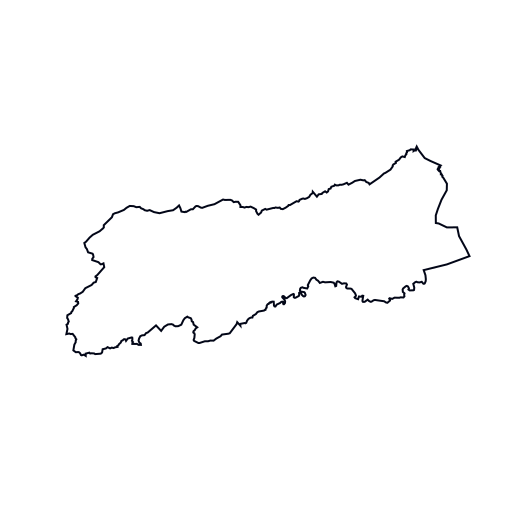 Mang Yang, Gia Lai, Vietnam (Natural Earth projection), rotated 248°
{"feature_id": "81297802B73536270925214", "entity_name": "Mang Yang", "entity_type": "district", "adm_level": 2, "iso_a3": "VNM", "parent_name": "Vietnam", "parent_adm1": "Gia Lai", "projection": "natural_earth1", "projection_center": [108.295, 13.956], "detail": "fine", "context": "isolated", "style": "outline", "palette": "ink", "viewbox_px": 512, "rotation_deg": 248, "n_neighbors": 0, "source": "geoboundaries", "source_scale": "gbopen_adm2", "svg_char_len": 6094}
<svg xmlns="http://www.w3.org/2000/svg" viewBox="0 0 512 512"><g transform="rotate(248 256 256)"><path d="M258.3,459.0L259.7,458.4L260.6,459.0L261.1,458.7L261.8,458.8L262.4,458.0L263.2,458.6L263.9,458.3L265.8,458.6L266.1,457.6L266.9,457.4L267.4,457.8L267.5,457.1L268.4,456.9L269.4,458.1L269.2,459.3L269.7,459.5L269.6,460.2L270.0,460.4L270.4,459.8L270.8,461.1L278.7,453.4L283.6,449.1L293.5,446.4L297.3,446.0L295.7,444.4L294.5,444.3L293.9,443.7L294.5,442.6L294.3,441.5L295.6,442.2L296.9,439.4L296.5,438.1L296.8,435.2L295.5,434.8L294.9,433.7L294.1,433.6L293.3,432.1L292.0,431.0L293.5,429.0L293.2,427.2L291.7,424.7L291.1,420.8L289.9,420.6L289.4,417.6L288.8,416.7L287.8,416.3L285.7,413.0L284.6,407.1L284.6,405.6L282.5,399.9L279.9,388.1L281.5,387.9L283.3,386.0L285.6,385.2L285.9,383.9L287.6,381.4L288.5,375.8L287.9,372.8L287.5,368.5L289.8,367.7L289.7,363.8L290.0,361.9L290.7,360.4L290.6,359.0L291.3,357.1L292.6,355.8L291.8,355.0L292.0,351.8L290.6,350.4L290.8,348.5L288.9,347.0L288.4,345.3L290.1,344.3L289.6,341.2L288.9,340.2L289.7,337.2L288.2,334.7L294.3,332.7L293.1,332.1L292.4,329.4L290.9,327.5L290.5,325.0L290.6,322.7L291.6,321.4L291.8,320.3L291.7,317.4L290.7,316.4L290.5,315.8L291.6,314.1L290.5,306.5L291.0,305.3L290.4,304.6L289.7,301.6L289.4,298.4L290.4,296.7L292.1,296.1L292.4,294.4L293.7,292.2L293.6,291.0L294.1,290.0L295.0,283.2L296.2,282.2L295.9,278.4L294.4,277.0L293.3,273.8L294.5,273.2L297.6,272.9L299.0,273.5L301.2,271.9L303.8,269.5L304.1,267.3L305.1,265.5L305.2,263.5L306.3,262.2L307.3,259.9L308.8,260.6L312.9,259.8L313.9,257.5L314.3,255.5L316.4,254.6L317.6,253.4L319.7,248.0L320.7,246.6L319.6,236.9L320.6,230.1L320.8,224.2L321.5,223.0L324.0,220.9L324.7,219.4L324.6,218.4L323.0,215.0L323.7,213.1L323.0,207.9L323.5,207.2L323.3,206.5L325.1,203.5L328.7,203.8L331.7,203.6L330.5,200.5L329.5,196.3L330.7,190.9L331.8,182.6L334.9,177.9L338.4,174.6L338.7,172.0L340.2,169.9L341.5,169.2L343.3,167.3L345.1,166.6L346.1,163.3L348.0,161.3L349.7,157.7L349.2,154.0L348.2,150.8L348.1,144.4L348.5,141.2L348.3,139.1L345.9,136.9L341.6,126.4L339.5,125.6L339.0,124.7L337.5,120.2L336.8,112.6L335.4,108.6L332.9,103.7L332.4,101.7L327.9,101.2L325.8,101.8L322.3,101.7L319.4,105.3L318.5,105.5L315.9,105.0L314.7,103.1L313.6,102.6L309.3,107.6L306.5,108.8L306.2,109.9L306.3,111.8L302.5,111.1L297.8,101.7L297.2,99.5L296.4,99.3L295.1,100.5L291.9,97.7L292.1,95.5L290.7,92.7L290.1,85.7L287.7,81.9L287.1,78.7L287.2,77.0L286.7,75.6L286.7,73.7L286.4,73.6L284.1,75.2L282.9,74.4L281.4,72.2L280.1,73.8L278.6,73.4L277.5,71.3L276.9,68.0L276.1,67.7L273.6,64.9L273.3,63.9L272.3,63.2L271.7,58.9L269.3,57.7L267.8,58.0L265.3,57.8L264.8,56.9L263.6,56.2L263.3,54.6L259.0,53.9L254.6,50.9L254.1,53.8L253.1,54.8L252.5,56.8L248.4,58.0L247.1,57.8L246.1,58.2L245.0,57.1L243.6,56.5L241.9,54.4L236.9,51.3L234.3,52.9L233.5,55.3L233.0,55.9L231.6,56.5L229.8,56.6L229.2,57.2L229.0,59.4L227.2,60.7L229.3,61.5L228.8,65.3L227.7,65.7L227.4,67.1L226.3,69.4L225.3,70.1L223.7,75.1L223.7,76.1L224.3,77.2L227.0,78.9L226.5,82.2L227.1,84.2L225.0,86.1L225.1,87.9L224.0,89.5L224.1,91.2L223.6,93.5L224.5,93.6L224.7,94.9L225.5,95.8L226.4,98.2L227.7,99.4L227.7,100.7L228.3,102.2L228.0,103.3L227.2,103.7L226.0,103.7L227.5,106.1L227.1,110.1L226.7,110.7L226.2,110.6L224.5,109.9L223.8,109.2L222.3,109.7L221.9,108.9L220.8,108.4L219.1,112.7L217.6,113.8L216.7,116.0L218.0,116.3L219.5,115.4L221.5,115.4L223.3,116.7L225.0,118.7L225.1,120.6L224.4,123.0L225.7,125.2L225.6,126.9L229.1,137.3L222.1,140.0L224.8,144.4L225.5,148.7L224.5,152.1L223.4,153.4L222.3,153.8L221.0,155.0L220.1,157.6L220.3,161.0L223.7,164.6L225.0,166.7L225.5,169.6L224.6,170.1L222.8,172.2L221.4,172.4L219.5,172.0L218.3,172.9L215.7,172.5L211.9,174.8L211.4,172.9L210.1,171.3L209.8,170.1L208.9,169.3L208.2,169.3L207.4,169.9L206.3,169.8L203.2,168.2L201.5,166.7L200.5,166.8L196.9,170.0L196.5,171.1L196.1,176.6L194.9,179.6L194.7,182.0L193.4,185.0L194.3,188.2L194.9,193.1L195.9,195.0L194.3,201.3L194.2,202.7L200.1,212.5L201.7,213.8L197.3,215.4L198.8,215.8L198.9,216.2L198.1,220.4L197.6,220.9L197.7,221.9L199.3,223.4L200.3,225.0L200.8,226.6L200.8,228.3L200.3,229.6L201.7,230.7L202.2,234.1L203.4,236.2L203.5,237.8L202.4,243.0L202.7,243.9L202.5,244.6L203.8,245.6L204.1,246.5L205.9,247.3L206.8,248.5L207.0,249.0L206.8,249.8L207.4,250.4L207.8,251.7L207.8,252.1L207.2,252.3L207.7,253.8L207.0,255.3L203.3,254.1L202.3,254.3L201.9,255.1L203.2,257.0L203.4,260.7L203.9,262.0L203.9,263.1L203.5,263.9L201.5,263.3L201.0,263.4L200.8,263.9L201.5,265.2L203.0,266.0L204.7,266.1L207.8,264.9L208.3,265.0L208.8,265.6L208.5,266.6L205.8,267.9L205.4,268.8L206.7,273.9L206.8,276.4L206.3,276.8L203.6,275.6L202.8,276.1L202.5,277.0L202.9,280.7L203.6,281.4L205.7,282.2L205.9,283.3L205.3,283.8L203.0,283.9L201.1,284.7L200.5,285.3L200.4,286.3L201.3,287.4L203.6,287.5L204.3,287.3L206.5,283.9L207.6,283.8L209.1,284.7L209.7,285.6L209.6,287.3L208.7,288.1L206.7,291.3L208.3,293.1L209.6,293.1L213.2,297.3L214.4,299.2L214.5,301.1L213.6,302.6L211.4,303.1L209.8,304.3L207.1,305.1L207.0,308.4L205.7,310.2L203.9,315.5L202.2,318.0L200.9,318.4L198.2,318.2L198.2,319.1L201.4,320.8L202.0,322.0L201.2,323.2L198.0,325.3L197.7,327.4L196.7,329.4L195.4,329.6L193.5,327.8L192.5,327.8L191.7,328.4L190.3,331.6L189.6,332.3L184.3,333.9L182.0,333.9L181.4,333.4L180.8,331.9L179.7,332.2L177.7,334.5L179.9,336.3L178.8,338.4L179.4,339.7L178.9,340.5L174.8,338.0L174.0,337.8L173.4,338.0L172.8,339.6L173.7,343.2L172.0,343.9L170.6,345.1L170.4,346.0L170.9,348.4L170.7,349.8L166.0,357.9L164.2,359.1L163.4,360.3L164.5,363.6L165.2,364.0L166.5,363.5L166.8,364.0L165.2,366.3L165.5,368.8L163.6,373.2L163.5,374.6L162.3,377.2L163.0,378.5L164.5,378.8L165.7,379.7L167.7,378.7L170.0,379.4L170.8,380.3L171.8,383.4L171.8,384.6L170.8,385.5L168.7,385.7L167.8,384.8L166.5,385.6L165.2,389.2L165.3,389.8L167.4,390.9L171.3,391.4L172.1,393.9L172.1,395.0L171.1,396.0L170.2,397.8L170.0,400.0L167.6,400.8L167.3,401.3L167.4,402.2L169.1,403.9L170.9,404.8L174.7,405.9L180.1,406.2L176.7,429.8L175.9,453.9L183.1,453.5L198.4,451.7L207.2,453.3L211.0,443.7L217.7,437.6L219.2,435.1L226.3,437.9L231.4,442.2L238.7,449.1L245.5,457.5L251.5,460.1L258.3,459.0Z" fill="none" stroke="#020617" stroke-width="2"/></g></svg>